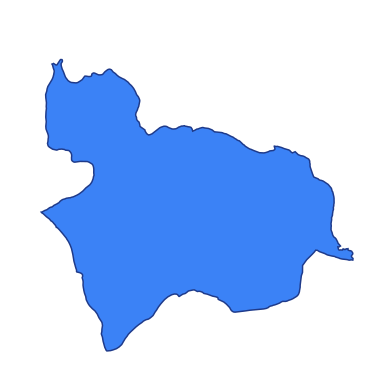 Mensura, Gash Barka, Eritrea, rotated 353°
{"feature_id": "51966322B6823166627891", "entity_name": "Mensura", "entity_type": "district", "adm_level": 2, "iso_a3": "ERI", "parent_name": "Eritrea", "parent_adm1": "Gash Barka", "projection": "albers", "projection_center": [38.235, 15.48], "detail": "fine", "context": "isolated", "style": "filled", "palette": "blue", "viewbox_px": 384, "rotation_deg": 353, "n_neighbors": 0, "source": "geoboundaries", "source_scale": "gbopen_adm2", "svg_char_len": 5913}
<svg xmlns="http://www.w3.org/2000/svg" viewBox="0 0 384 384"><g transform="rotate(353 192 192)"><path d="M39.9,193.6L40.5,194.5L41.6,195.3L44.5,198.8L47.2,201.4L48.6,203.6L49.3,204.0L50.4,205.3L51.0,206.4L52.0,207.7L53.0,209.9L53.0,210.6L53.9,210.9L55.6,213.1L58.4,217.3L61.7,222.6L62.0,223.5L63.4,226.3L64.6,229.8L65.5,233.5L66.1,239.3L66.4,246.3L67.4,253.1L67.9,255.4L67.7,256.8L67.9,257.3L70.8,258.4L72.5,259.5L73.3,260.9L73.1,262.6L72.5,263.7L73.0,266.5L73.0,268.1L72.5,271.2L72.5,273.4L72.7,276.9L73.0,279.5L73.8,282.9L73.9,286.1L75.3,290.1L76.4,292.3L78.9,295.7L81.2,298.2L83.1,301.6L84.3,305.4L86.5,309.9L86.8,310.9L86.9,313.6L85.9,317.1L85.5,319.5L84.7,321.8L85.4,325.1L85.6,329.4L86.5,335.5L87.5,338.6L88.0,339.3L88.4,339.4L91.9,339.5L94.4,339.1L97.9,338.3L100.8,336.9L103.7,334.8L105.4,332.5L107.8,329.4L110.2,327.0L111.4,325.5L114.0,323.4L119.6,319.3L123.1,317.1L126.2,315.5L128.1,314.2L130.6,313.2L133.4,312.8L135.4,311.8L138.1,310.0L138.5,309.6L140.7,306.7L142.4,304.9L144.5,302.2L147.2,299.4L149.5,297.3L151.7,295.4L155.3,293.1L159.4,291.5L162.1,291.1L164.2,291.5L165.1,292.1L166.3,294.0L166.8,294.1L167.8,293.5L170.4,292.3L172.9,291.9L174.2,291.2L176.4,289.8L180.7,289.4L182.3,289.4L185.2,291.4L187.1,291.4L188.5,291.9L190.2,292.8L191.4,294.1L194.8,295.3L199.8,297.9L202.8,298.9L204.4,299.7L204.9,300.5L204.9,301.5L205.0,301.8L210.1,305.0L212.5,307.5L215.3,311.3L216.1,313.4L216.7,314.5L217.7,315.5L218.8,316.2L220.2,316.5L230.9,316.5L235.2,316.4L248.9,316.8L251.5,316.6L253.6,316.0L254.0,315.6L255.8,314.8L257.4,314.7L259.3,314.2L260.1,314.2L262.4,313.7L265.4,312.9L267.5,311.9L268.7,311.6L271.6,312.0L273.7,311.7L274.2,311.4L277.2,310.8L279.1,310.2L283.0,308.4L284.2,307.6L285.4,306.2L286.4,304.2L286.8,302.7L287.7,299.8L288.0,297.7L290.3,288.5L291.9,285.2L292.8,278.4L297.6,273.2L303.7,268.5L306.1,266.5L307.7,264.8L309.4,265.2L311.2,266.7L316.3,269.3L318.6,270.9L323.1,272.6L325.8,273.4L326.7,274.1L329.5,275.3L330.6,276.0L332.7,276.8L337.7,278.0L339.7,278.8L342.2,278.8L343.3,279.2L343.7,277.9L343.7,277.5L342.8,276.5L342.4,275.3L342.6,274.6L343.9,273.3L344.1,272.6L344.1,272.1L343.2,270.2L341.9,269.5L341.2,269.4L340.0,268.8L339.8,268.0L340.0,267.5L339.9,267.2L338.9,267.5L338.5,267.2L338.1,267.2L336.9,267.8L336.5,267.5L335.9,267.6L335.6,267.1L335.0,266.9L334.6,267.3L334.3,267.9L333.9,267.9L332.6,267.6L331.1,267.6L330.8,267.4L330.4,266.8L330.1,264.3L330.5,264.4L331.4,264.4L332.8,263.7L330.7,260.6L330.4,259.2L329.3,256.2L328.5,255.0L327.5,254.1L327.0,253.3L326.4,251.8L326.1,249.4L325.6,247.5L325.4,245.9L325.7,244.8L325.7,244.1L326.1,242.7L326.1,240.4L327.2,236.6L327.4,234.3L327.7,234.0L328.7,231.9L328.6,231.6L329.7,227.6L330.0,227.2L330.3,226.4L330.4,224.6L331.1,222.8L331.0,222.4L331.7,220.2L332.2,215.7L332.2,213.9L331.7,209.1L331.2,208.1L330.8,205.3L328.1,201.1L323.6,197.2L321.9,196.3L320.6,195.9L319.6,195.3L318.8,194.3L314.9,192.1L314.4,191.1L314.2,189.9L314.0,189.5L312.5,182.3L312.3,180.6L312.6,178.6L312.4,176.9L312.6,175.6L312.0,173.9L311.4,173.2L309.2,171.7L308.5,171.0L307.3,170.2L306.2,169.7L304.4,169.2L302.0,167.9L299.3,164.6L296.4,165.4L295.4,164.6L294.2,162.9L293.3,162.1L288.9,160.2L286.2,158.7L282.3,157.1L281.2,157.1L280.3,156.9L279.7,156.5L279.2,156.6L279.6,159.4L279.3,159.9L277.9,160.7L274.3,160.7L272.7,161.3L270.2,161.8L268.2,162.0L263.7,161.2L258.2,158.3L255.5,156.7L255.0,156.6L253.8,155.8L250.5,153.1L249.4,151.6L248.7,151.2L248.2,150.6L245.7,147.5L245.0,146.8L244.5,146.7L243.2,146.0L242.7,145.3L240.8,143.9L239.6,142.7L237.5,141.5L233.1,138.5L230.9,137.8L229.6,137.0L228.6,136.6L221.6,135.0L219.5,132.8L216.0,130.9L212.4,130.0L210.7,129.3L209.7,129.3L207.2,129.7L205.6,130.2L205.1,130.1L204.3,130.2L202.5,131.0L200.1,131.7L199.7,129.3L198.9,127.8L197.8,127.2L195.8,126.7L195.3,126.4L193.2,125.8L192.6,125.3L190.4,125.4L189.5,125.3L187.1,126.0L186.6,126.0L185.4,126.7L183.6,127.3L181.0,127.2L179.7,126.9L178.4,126.1L178.0,126.0L176.6,125.2L174.9,123.9L173.3,123.4L171.9,123.3L169.1,123.9L167.9,124.3L159.4,129.4L157.2,130.0L155.9,130.1L154.6,129.1L153.6,127.5L152.9,125.7L152.8,124.6L148.6,120.8L148.4,120.4L148.3,118.3L147.9,116.1L146.7,114.8L145.9,113.2L146.0,111.3L145.9,110.7L145.5,109.7L145.5,108.2L146.1,106.5L147.9,103.7L148.4,102.4L149.5,100.6L151.1,95.8L151.3,94.8L151.2,93.8L150.4,91.1L148.9,88.6L148.0,85.3L146.7,82.1L145.4,79.9L144.4,78.5L143.2,77.2L142.0,75.3L138.7,72.1L136.7,70.9L133.5,68.7L131.6,66.7L130.5,65.2L128.3,63.2L126.9,60.9L125.7,60.2L124.8,60.0L123.5,60.2L122.3,60.8L120.3,62.0L117.6,64.4L117.1,64.5L115.2,64.6L113.4,64.3L110.0,62.2L109.1,61.9L108.5,61.9L107.3,62.4L106.9,63.0L106.5,64.3L105.9,64.8L105.5,64.9L103.8,64.9L100.7,64.0L99.6,64.0L96.7,67.1L94.6,68.2L92.0,69.4L90.2,69.6L85.3,68.5L84.2,67.8L82.5,66.3L80.5,62.8L80.0,61.0L79.0,56.8L78.1,54.0L77.6,50.8L77.7,48.8L78.0,48.2L78.9,47.2L79.4,46.2L79.3,45.1L79.0,44.7L78.6,44.6L77.8,44.5L77.2,44.9L73.5,49.3L72.8,49.4L72.4,49.3L70.2,47.5L69.5,47.8L68.6,48.0L69.1,49.3L69.4,51.9L70.0,54.7L69.9,55.8L69.0,58.7L68.0,61.2L66.8,63.3L61.8,69.7L60.7,72.1L60.2,74.0L58.6,77.5L58.4,80.4L58.4,85.7L57.7,89.6L57.7,91.2L56.9,94.5L56.0,99.8L55.9,104.5L54.9,109.0L54.8,111.4L54.9,112.2L56.0,116.5L56.3,118.6L56.1,120.5L55.8,121.3L55.1,124.6L54.5,126.1L54.8,128.6L55.8,130.0L58.8,132.5L62.4,133.8L63.1,133.9L65.0,133.4L67.9,133.5L70.7,134.3L71.4,135.0L74.4,135.7L75.0,136.0L75.8,136.9L76.7,138.6L77.0,139.8L77.0,141.4L76.6,143.2L76.4,145.5L76.9,146.6L78.1,147.7L79.3,148.1L84.7,148.0L91.8,149.0L93.4,149.8L95.9,151.8L96.4,152.3L97.0,153.5L97.3,155.6L97.3,157.6L96.8,161.0L96.8,163.4L96.1,164.7L95.5,166.7L94.0,169.6L92.8,171.1L91.5,172.4L87.3,174.9L83.6,177.9L80.0,180.0L77.7,181.0L73.7,182.3L71.4,182.6L70.4,182.9L69.3,182.8L66.5,182.9L64.8,183.4L63.1,183.6L61.7,184.1L60.0,185.1L58.5,186.5L57.5,186.8L57.1,187.1L53.2,188.5L52.6,189.0L50.9,189.9L50.4,189.8L49.5,190.0L48.6,190.3L45.8,191.9L43.6,192.4L40.9,193.5L39.9,193.6Z" fill="#3b82f6" stroke="#1e3a8a" stroke-width="1.5"/></g></svg>